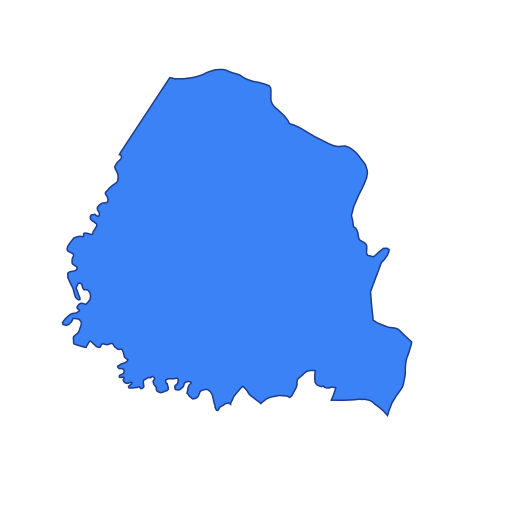 Stueng Saen, Kâmpóng Thum, Cambodia (orthographic projection), rotated 109°
{"feature_id": "14789045B79526031906839", "entity_name": "Stueng Saen", "entity_type": "district", "adm_level": 2, "iso_a3": "KHM", "parent_name": "Cambodia", "parent_adm1": "Kâmpóng Thum", "projection": "orthographic", "projection_center": [104.889, 12.631], "detail": "fine", "context": "isolated", "style": "filled", "palette": "blue", "viewbox_px": 512, "rotation_deg": 109, "n_neighbors": 0, "source": "geoboundaries", "source_scale": "gbopen_adm2", "svg_char_len": 6126}
<svg xmlns="http://www.w3.org/2000/svg" viewBox="0 0 512 512"><g transform="rotate(109 256 256)"><path d="M204.7,418.1L204.5,416.8L205.7,415.7L207.4,415.1L209.8,416.1L212.9,417.7L215.3,418.3L217.9,418.6L219.9,416.9L222.2,414.5L224.5,412.7L226.9,411.9L230.2,411.2L232.0,411.7L236.0,414.7L238.7,416.3L240.4,417.1L242.4,417.8L244.5,418.9L245.7,418.9L247.0,417.9L247.9,416.5L248.8,415.6L250.0,414.8L251.5,414.1L253.1,413.9L254.0,414.6L255.4,417.0L255.8,418.2L256.4,418.9L258.5,420.6L261.6,421.8L263.1,421.4L264.5,420.3L265.8,418.7L267.2,417.7L269.3,417.5L270.1,419.1L269.1,421.8L269.6,423.0L270.7,424.9L272.3,425.6L274.9,424.6L276.0,422.6L277.5,417.1L279.2,416.4L283.8,417.2L285.8,417.9L287.7,417.6L288.6,417.8L289.4,419.1L289.4,422.6L289.9,424.9L290.7,426.1L291.9,426.0L293.7,425.6L294.3,426.3L294.5,428.5L295.6,430.6L298.1,434.0L304.4,436.2L307.7,437.1L309.5,437.1L311.7,436.6L312.8,435.1L312.8,434.0L313.2,431.0L313.8,429.2L315.2,428.5L318.1,428.9L321.0,428.2L322.5,427.6L323.4,426.4L324.1,424.4L324.4,422.2L325.4,421.4L326.9,421.1L328.3,421.8L329.6,423.3L331.4,426.8L333.6,428.4L337.6,426.9L342.3,422.6L345.6,419.1L347.7,417.4L349.6,416.3L353.7,413.3L354.3,412.2L354.9,410.8L355.1,408.9L354.4,408.2L352.4,409.2L350.6,411.0L347.2,413.6L345.1,415.5L344.0,415.7L339.8,415.2L339.0,413.6L339.2,411.8L342.8,409.2L343.9,407.6L342.9,404.3L343.8,402.5L345.5,400.5L348.1,399.3L351.1,398.8L355.0,400.0L357.2,401.3L357.2,403.2L357.5,406.0L359.1,407.5L361.6,408.5L363.1,408.4L364.0,407.6L364.3,406.0L364.9,405.2L366.0,405.5L368.6,407.7L370.0,410.6L371.5,412.4L373.6,413.8L377.4,415.8L380.2,416.8L382.1,417.3L383.6,416.2L383.3,412.9L382.6,411.8L381.7,410.9L378.9,409.3L376.9,408.8L374.7,408.6L374.2,407.3L373.7,405.0L373.4,402.8L374.5,400.9L375.7,399.5L377.9,398.9L384.1,398.9L386.7,399.3L390.7,401.7L391.9,402.2L393.3,401.9L395.4,400.9L397.2,400.4L398.4,399.4L398.4,395.0L398.2,391.6L398.3,390.7L397.8,386.9L395.8,386.7L390.9,385.6L390.5,384.8L391.0,382.7L392.0,381.2L392.3,380.0L393.6,377.5L393.6,375.2L393.4,374.3L392.8,373.6L390.5,373.4L389.4,372.9L388.7,371.8L388.7,370.2L388.5,368.6L388.0,367.2L386.4,365.4L385.4,363.2L387.9,359.9L389.1,356.7L389.0,355.1L387.9,353.0L388.6,351.5L391.7,349.1L394.2,347.7L395.5,344.9L395.7,343.4L396.9,343.5L398.1,343.9L400.6,346.3L401.1,347.3L401.8,348.1L404.9,350.7L405.8,350.8L407.0,348.9L406.8,347.7L406.1,346.3L406.3,344.8L406.8,343.7L407.9,343.1L409.5,342.9L410.5,343.2L413.0,346.0L414.3,346.2L415.1,345.5L414.9,344.3L413.7,342.0L413.9,341.1L414.8,340.8L416.2,341.3L417.4,340.6L418.4,339.1L418.5,338.1L418.5,337.0L418.3,336.0L417.5,334.9L416.0,333.2L416.1,332.1L417.0,332.0L418.7,332.8L420.8,334.1L422.0,333.2L421.9,332.4L420.8,329.4L419.8,327.5L419.2,325.8L417.8,324.4L417.7,323.6L418.4,322.7L418.9,321.7L418.3,320.6L416.5,319.5L415.6,319.6L413.2,321.0L412.1,321.3L410.6,321.7L409.3,321.4L408.4,320.2L407.0,319.1L406.1,318.7L405.8,317.1L405.3,315.8L404.4,315.9L403.6,314.7L403.8,313.4L404.4,312.5L405.1,311.8L407.6,312.6L408.7,312.2L410.2,311.1L411.3,309.7L412.8,307.4L414.4,307.0L415.9,305.7L416.3,303.9L416.3,301.7L415.3,300.0L414.7,299.2L413.8,298.5L412.8,297.0L411.9,296.0L410.8,295.6L409.3,296.0L405.5,298.5L405.3,299.7L404.1,300.5L402.9,300.9L401.8,300.3L400.6,298.9L398.7,293.3L397.3,291.4L397.5,290.1L398.2,289.2L399.6,288.9L401.3,288.7L403.2,289.1L404.5,290.1L405.7,290.4L408.4,289.0L408.4,287.9L408.0,285.9L407.4,284.7L404.2,282.6L402.6,282.2L399.3,282.2L398.3,281.4L396.9,279.5L396.5,278.6L396.4,276.5L397.1,275.8L399.9,277.2L402.3,277.4L403.5,277.3L405.0,276.9L408.2,276.6L408.4,275.7L410.4,273.2L410.9,271.5L411.7,269.5L411.5,268.7L410.2,266.7L408.7,265.5L407.8,265.1L406.6,264.9L402.0,264.7L401.1,263.7L400.4,263.1L398.5,260.2L398.2,258.9L398.1,257.9L399.3,254.7L400.2,253.6L401.8,251.9L403.8,250.8L404.5,250.2L407.3,248.6L408.6,247.6L409.6,247.1L410.1,246.4L410.9,245.9L412.2,245.6L414.6,243.3L414.6,242.0L413.5,241.4L411.0,241.1L410.0,240.3L409.2,239.8L408.0,238.4L407.3,237.9L406.5,237.7L405.6,236.9L404.9,235.7L404.4,235.0L403.8,233.8L404.5,231.7L403.2,232.1L400.3,231.6L395.8,231.2L386.1,227.5L383.5,226.1L384.3,224.2L386.2,220.7L388.7,217.8L389.8,215.4L393.3,204.9L394.0,203.4L392.2,202.5L387.6,199.5L384.8,196.4L382.9,193.2L380.2,188.4L379.2,184.4L378.3,181.1L378.7,178.1L376.6,176.7L367.0,175.1L364.1,175.4L362.0,176.2L359.6,176.5L358.3,176.3L356.5,175.1L352.7,172.9L350.3,171.8L348.1,169.9L346.6,167.3L345.7,164.9L345.1,162.6L346.9,162.3L351.6,161.0L356.2,159.0L357.8,156.9L358.3,153.8L358.2,151.5L357.0,150.2L357.8,148.6L357.8,146.6L357.1,144.1L355.3,141.8L354.5,137.7L358.6,137.5L364.1,137.6L367.8,137.9L364.2,127.0L360.0,116.4L357.6,111.4L357.2,109.3L356.2,107.0L355.5,102.0L356.0,98.6L357.6,94.8L358.9,90.5L360.8,85.5L364.0,79.7L359.0,79.9L350.8,79.6L342.9,77.9L333.9,75.2L332.0,74.9L329.4,74.9L321.2,76.0L318.1,76.7L312.6,78.6L308.1,79.6L305.9,80.0L303.3,80.2L296.8,80.0L294.9,80.2L290.1,80.3L286.6,80.8L282.6,89.9L279.4,96.6L278.8,98.7L278.9,101.1L280.3,107.8L279.8,119.2L278.4,124.7L275.9,125.5L264.5,130.9L252.4,136.1L221.4,135.3L217.3,133.4L212.7,132.1L208.8,131.8L206.7,132.1L206.0,134.6L207.3,138.0L211.7,140.8L217.2,143.7L218.6,144.8L218.7,147.8L219.1,150.7L217.0,152.6L212.8,153.7L210.1,154.8L208.7,156.4L207.9,158.6L207.4,162.3L206.5,164.1L204.4,165.4L201.0,167.2L198.6,169.1L197.1,171.0L196.6,173.3L190.2,176.6L186.8,178.9L177.1,179.7L164.1,178.6L157.5,177.7L151.9,177.1L146.0,176.9L141.2,177.7L138.6,178.9L134.3,182.1L132.2,184.8L129.7,188.8L127.6,191.8L125.7,195.1L124.1,199.2L123.1,202.8L122.9,207.4L125.9,214.4L126.4,218.5L126.2,223.2L124.0,239.4L120.5,256.2L119.8,263.1L120.0,266.1L119.7,267.6L118.8,268.8L117.6,269.8L114.1,275.1L110.4,283.5L109.5,285.9L108.1,288.5L106.9,290.1L104.3,292.3L102.6,293.1L95.1,295.6L92.5,296.8L91.0,298.4L90.7,299.8L90.6,303.0L90.9,309.2L91.3,312.3L91.8,315.2L91.9,320.3L91.8,323.2L91.1,327.2L90.3,329.5L90.1,331.9L90.4,338.0L90.4,341.2L90.0,345.2L90.4,347.6L91.0,349.8L92.1,352.7L93.6,355.8L97.9,361.5L100.0,363.7L101.2,364.7L102.6,366.3L106.1,371.1L108.5,375.1L111.5,381.1L113.7,386.8L114.1,388.3L114.8,390.1L115.1,393.6L115.5,395.6L202.2,417.8L204.7,418.1Z" fill="#3b82f6" stroke="#1e3a8a" stroke-width="1.5"/></g></svg>